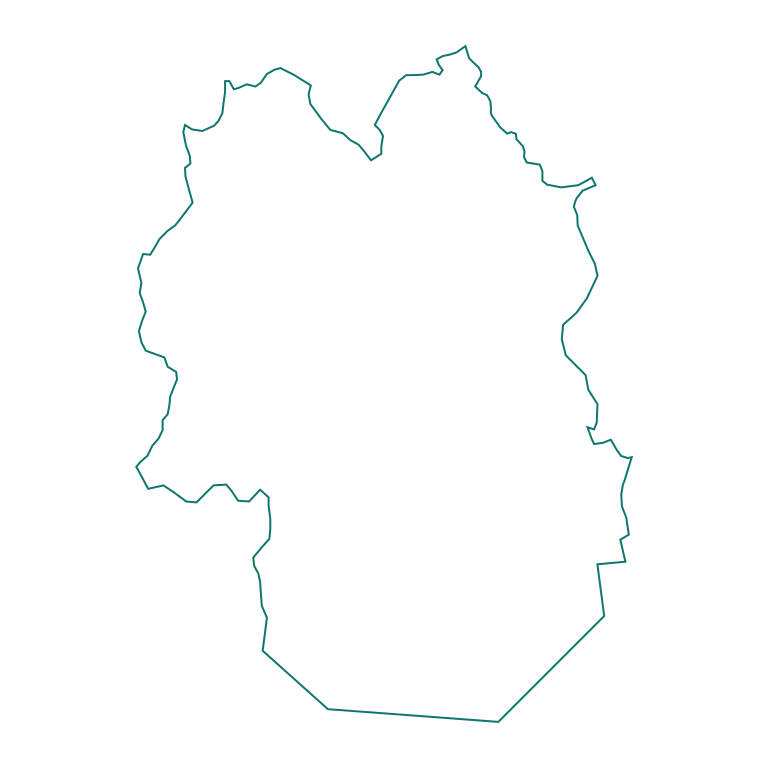 Jeli, Kelantan, Malaysia (Mercator projection)
{"feature_id": "92858781B21811088790673", "entity_name": "Jeli", "entity_type": "district", "adm_level": 2, "iso_a3": "MYS", "parent_name": "Malaysia", "parent_adm1": "Kelantan", "projection": "mercator", "projection_center": [101.818, 5.58], "detail": "fine", "context": "isolated", "style": "outline", "palette": "teal", "viewbox_px": 768, "rotation_deg": 0, "n_neighbors": 0, "source": "geoboundaries", "source_scale": "gbopen_adm2", "svg_char_len": 2333}
<svg xmlns="http://www.w3.org/2000/svg" viewBox="0 0 768 768"><path d="M465.4,46.1L456.7,52.3L450.2,54.5L442.6,56.1L436.7,59.4L438.8,64.8L442.6,70.2L439.4,74.6L432.3,71.9L423.6,74.6L414.4,75.1L406.3,75.1L399.2,80.6L391.1,95.2L380.2,114.7L374.8,125.0L379.7,129.9L383.0,135.9L381.3,146.7L381.3,153.8L371.0,160.3L364.0,151.1L358.5,144.6L350.4,140.2L342.8,133.2L336.3,131.5L330.3,129.9L320.6,118.0L310.3,103.9L308.6,94.1L310.8,85.4L293.5,74.6L280.4,68.1L274.5,69.7L266.9,74.0L260.9,82.7L255.5,86.5L246.8,84.3L238.1,88.1L233.8,89.2L229.4,81.1L225.1,81.1L225.1,91.9L223.5,103.3L222.4,113.1L218.6,120.7L214.3,125.6L202.3,131.0L192.0,129.4L185.0,125.0L183.3,132.1L186.0,145.6L189.8,156.0L190.4,163.5L185.0,167.9L185.5,176.6L188.8,189.0L192.6,202.6L181.2,217.8L175.2,225.4L167.6,230.8L159.5,239.0L154.6,247.6L150.2,254.7L143.1,254.0L138.0,268.4L141.4,282.9L139.7,293.0L143.1,302.4L145.7,311.7L142.3,320.2L138.9,331.2L141.4,342.2L145.7,350.7L164.3,357.4L167.7,366.8L176.2,371.9L177.0,379.5L170.2,396.4L169.4,404.9L167.7,414.2L162.6,420.2L162.6,430.3L158.4,438.8L152.4,445.6L147.4,455.8L140.6,461.7L136.3,466.8L148.2,488.8L163.5,485.4L173.6,492.2L186.3,501.5L196.5,502.4L213.5,485.4L226.2,484.6L231.3,490.5L238.1,500.7L249.1,501.5L260.1,489.7L268.6,497.3L268.6,504.9L270.3,519.3L270.3,528.7L269.4,538.8L261.8,547.3L253.3,557.5L254.2,566.0L258.4,573.6L260.1,582.1L261.8,605.8L266.9,617.7L263.0,648.1L262.6,650.7L327.9,709.2L328.0,709.2L498.3,721.9L604.2,616.0L597.4,564.3L625.4,561.7L620.3,539.7L628.8,534.6L626.3,517.6L622.0,506.6L621.2,494.8L622.9,484.6L624.6,480.4L631.7,457.2L627.6,458.1L621.1,455.9L616.8,450.0L610.8,439.7L602.7,442.9L594.0,444.0L591.3,438.0L587.5,427.2L594.0,429.4L596.7,422.8L597.5,404.3L588.3,389.7L585.6,375.1L565.8,355.3L561.8,339.4L563.1,324.8L576.4,312.9L586.9,298.3L597.5,275.8L594.9,263.9L588.3,250.6L577.7,225.5L577.2,215.1L573.9,206.9L575.0,202.1L576.6,198.3L582.6,190.7L595.6,185.2L591.8,177.7L584.2,182.0L578.2,185.2L561.4,187.4L547.3,184.7L542.4,180.9L542.4,176.6L542.4,171.1L539.7,164.6L526.7,162.5L524.0,157.0L524.5,151.6L522.9,146.2L516.4,139.1L515.9,133.7L511.0,132.1L507.2,133.7L500.1,127.2L492.0,115.8L490.9,113.1L490.9,107.1L490.4,101.2L487.1,95.2L482.2,93.0L475.2,86.5L481.1,76.2L481.1,71.9L478.4,67.0L474.6,63.7L469.2,58.3L467.6,53.4L465.4,46.1Z" fill="none" stroke="#0f766e" stroke-width="2"/></svg>